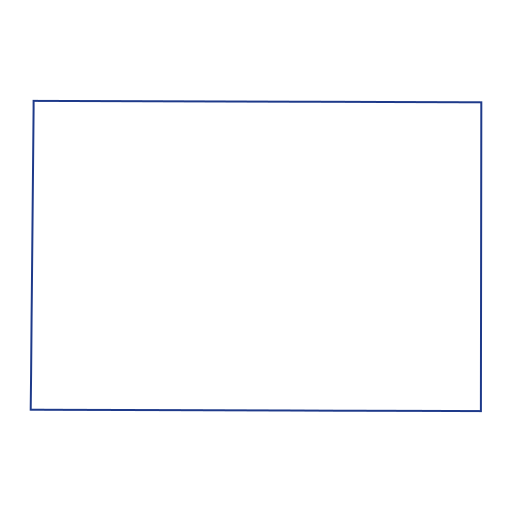 Guatraché, La Pampa, Argentina
{"feature_id": "61730980B9884818603028", "entity_name": "Guatraché", "entity_type": "district", "adm_level": 2, "iso_a3": "ARG", "parent_name": "Argentina", "parent_adm1": "La Pampa", "projection": "robinson", "projection_center": [-63.774, -37.483], "detail": "fine", "context": "isolated", "style": "outline", "palette": "blue", "viewbox_px": 512, "rotation_deg": 0, "n_neighbors": 0, "source": "geoboundaries", "source_scale": "gbopen_adm2", "svg_char_len": 394}
<svg xmlns="http://www.w3.org/2000/svg" viewBox="0 0 512 512"><path d="M33.6,100.9L33.6,108.4L31.8,297.0L31.6,315.5L31.1,374.2L30.7,409.7L51.1,409.8L159.7,410.1L290.4,410.5L332.7,410.7L383.6,410.8L421.6,410.9L479.8,411.1L480.9,411.1L481.3,109.8L481.3,102.3L480.3,102.3L383.8,102.0L337.4,101.8L288.8,101.7L225.6,101.5L37.5,100.9L33.6,100.9Z" fill="none" stroke="#1e3a8a" stroke-width="2"/></svg>